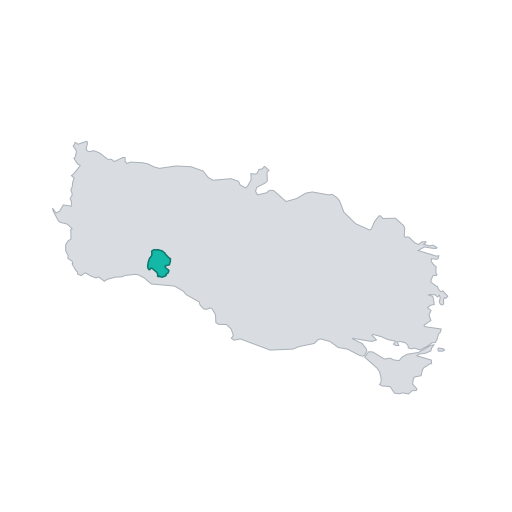 Gümüshane highlighted on a map of Turkey, rotated 198°
{"feature_id": "TUR-3031", "entity_name": "Gümüshane", "entity_type": "Province", "adm_level": 1, "iso_a3": "TUR", "parent_name": "Turkey", "parent_adm1": "", "projection": "mercator", "projection_center": [39.258, 40.339], "detail": "fine", "context": "in_parent", "style": "filled", "palette": "teal", "viewbox_px": 512, "rotation_deg": 198, "n_neighbors": 0, "source": "natural_earth", "source_scale": "10m", "svg_char_len": 4584}
<svg xmlns="http://www.w3.org/2000/svg" viewBox="0 0 512 512"><g transform="rotate(198 256 256)"><path d="M392.4,185.1L399.2,187.5L401.4,185.7L407.6,186.0L413.2,187.3L416.3,183.3L420.2,183.7L420.9,185.8L422.8,186.5L428.5,191.7L427.9,192.4L429.3,194.3L434.3,195.6L434.7,198.2L438.6,202.1L440.5,208.1L439.4,212.3L437.2,214.9L440.3,223.9L439.3,225.1L445.3,228.0L452.9,227.5L455.3,228.8L462.6,235.9L464.4,238.6L459.4,235.2L456.5,238.1L455.1,245.0L447.1,246.3L448.3,250.8L450.5,252.8L449.7,257.0L450.3,258.7L452.5,261.5L452.2,265.3L453.1,269.2L453.1,274.0L456.4,275.4L454.9,277.7L451.2,287.2L451.4,288.0L453.9,288.2L459.4,292.7L458.5,294.1L459.1,300.2L463.9,304.2L463.1,306.2L463.2,308.2L459.8,307.3L452.7,312.7L451.9,312.6L451.0,310.7L450.8,305.3L449.1,303.9L446.9,303.6L443.0,306.0L439.5,305.9L436.0,305.5L426.8,302.1L423.4,303.3L419.9,302.0L413.0,308.6L410.9,309.2L409.9,305.9L407.5,304.0L404.4,306.5L392.5,309.7L387.1,310.2L380.4,309.2L374.9,309.5L359.9,316.9L345.5,320.8L332.7,320.5L325.7,315.9L320.2,314.8L303.7,321.8L295.7,321.6L293.0,318.7L286.8,317.5L285.5,320.3L284.2,326.9L286.3,332.9L282.9,333.3L280.6,334.6L280.0,339.1L276.9,340.9L275.8,343.7L275.2,343.7L270.1,341.4L271.5,339.3L268.4,330.9L269.9,328.2L276.6,321.4L276.4,317.4L273.5,314.6L265.1,319.6L264.3,321.6L262.4,323.1L259.3,323.7L244.3,317.1L235.5,322.9L228.0,331.2L222.3,334.3L205.6,336.6L202.7,338.2L197.0,336.5L193.6,334.3L185.9,324.8L171.3,317.5L155.9,315.8L154.6,317.6L154.0,325.0L151.6,331.9L150.3,332.7L146.9,330.9L135.1,335.0L125.0,330.5L123.2,328.5L121.0,320.5L119.5,319.9L117.9,321.0L116.1,321.0L108.9,317.5L105.0,317.2L102.6,320.7L98.8,322.1L98.7,321.1L100.2,318.9L94.1,319.3L90.9,321.0L86.5,320.0L86.8,319.0L90.3,317.9L98.5,316.7L103.6,311.3L84.2,311.6L82.3,312.8L82.0,310.0L83.1,308.7L88.2,307.7L87.9,305.3L84.8,302.8L81.4,301.5L79.8,295.6L78.1,294.1L78.3,293.3L81.5,292.3L82.1,287.9L81.7,285.3L75.4,283.0L74.0,283.2L72.4,280.9L69.7,279.2L67.5,280.6L61.2,277.0L62.3,274.4L63.9,274.5L64.2,272.5L62.9,269.1L63.1,267.4L64.4,266.9L66.0,267.2L67.6,269.3L67.8,273.1L69.5,275.4L70.7,273.1L73.6,274.4L78.7,273.2L79.7,272.2L76.0,272.3L74.6,271.3L71.5,265.0L74.6,263.2L76.9,260.1L72.6,258.0L73.4,253.6L69.7,248.7L74.7,242.3L74.4,241.4L72.8,241.1L57.3,243.8L57.0,240.9L58.2,238.4L58.1,232.3L58.8,229.0L61.7,228.0L65.2,223.1L70.9,217.3L76.9,217.4L79.2,215.8L82.8,215.7L83.8,218.0L87.0,219.6L92.4,219.3L95.1,217.8L92.5,215.0L95.6,214.1L98.1,214.7L96.8,217.8L97.6,218.1L104.7,217.2L112.1,218.0L120.3,217.6L121.3,216.6L115.5,213.4L119.2,210.7L121.3,210.2L138.5,207.6L138.6,207.0L128.1,205.6L122.6,201.9L121.1,199.8L122.2,194.9L123.4,193.7L127.1,193.5L140.1,195.7L149.4,194.4L159.5,197.6L169.2,197.0L171.2,195.5L173.6,190.8L187.3,183.0L192.1,178.9L213.4,170.9L245.3,172.3L250.9,169.1L254.1,170.2L253.2,172.3L253.4,174.2L257.2,178.9L262.9,181.7L270.7,179.4L273.6,180.3L276.4,187.7L281.3,192.1L283.6,192.5L286.6,189.9L289.4,189.5L294.1,192.1L295.7,194.7L310.9,197.8L314.0,200.0L324.3,202.2L347.0,197.0L355.3,200.6L362.3,201.7L365.3,201.2L374.5,197.0L377.4,194.6L383.1,192.5L390.3,187.8L392.4,185.1ZM98.7,171.9L98.1,175.2L99.5,178.9L102.7,184.0L105.9,186.6L121.4,193.4L119.2,199.8L115.3,200.8L102.1,197.7L96.7,200.3L92.9,199.7L87.5,200.8L86.0,204.7L82.2,209.1L71.6,214.5L62.0,225.2L59.3,226.5L60.5,222.9L60.4,219.7L64.6,216.0L70.5,213.2L72.1,210.8L57.1,211.2L55.7,207.9L57.2,207.3L62.0,201.4L62.5,199.0L62.0,193.2L67.9,189.8L68.4,188.4L67.5,182.6L61.8,179.3L62.0,177.6L66.0,176.1L68.2,172.0L74.1,171.2L76.9,169.3L81.9,168.3L88.2,173.3L95.7,171.4L98.7,171.9ZM54.2,224.8L49.2,225.7L47.6,224.8L49.2,223.1L53.1,221.9L54.3,223.6L54.2,224.8Z" fill="#d9dde1" stroke="#a8b0b8" stroke-width="1"/><path d="M355.9,212.7L356.6,216.9L356.5,221.1L355.8,222.7L355.5,223.6L355.4,224.6L355.9,226.5L356.7,228.3L355.9,229.5L354.9,230.5L352.5,231.1L351.3,231.7L350.1,231.8L348.8,231.7L347.5,231.9L346.2,231.7L344.9,231.1L343.6,230.7L343.2,230.3L342.8,229.8L342.1,229.3L341.2,229.0L338.8,227.6L338.2,227.4L337.5,227.3L336.9,227.0L336.3,226.7L336.5,225.7L335.9,224.9L335.7,223.9L335.8,222.9L335.7,221.9L335.7,221.0L336.2,220.4L338.4,219.2L339.1,218.7L339.2,217.6L338.7,217.5L338.1,216.9L337.5,216.4L334.9,215.7L334.3,215.0L334.3,214.0L334.4,212.7L334.5,212.5L334.7,212.1L335.4,211.5L335.8,210.7L335.5,209.8L335.8,209.1L336.5,208.6L337.1,208.1L337.6,207.9L338.0,207.7L338.1,207.3L338.3,207.0L340.9,206.6L341.3,207.0L341.8,207.0L342.2,206.6L342.6,206.1L343.5,206.6L343.8,208.3L345.3,209.8L350.4,211.9L351.7,212.1L352.1,211.9L352.4,211.6L352.7,210.4L353.4,209.9L354.9,210.9L355.9,212.7Z" fill="#14b8a6" stroke="#0f766e" stroke-width="1.5"/></g></svg>